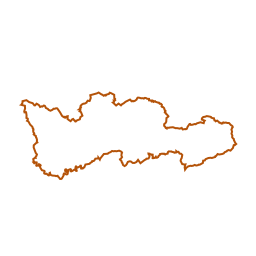 the district of Dak Doa, Gia Lai, Vietnam, rotated 73°
{"feature_id": "81297802B36312306774318", "entity_name": "Dak Doa", "entity_type": "district", "adm_level": 2, "iso_a3": "VNM", "parent_name": "Vietnam", "parent_adm1": "Gia Lai", "projection": "albers", "projection_center": [108.178, 14.116], "detail": "fine", "context": "isolated", "style": "outline", "palette": "amber", "viewbox_px": 256, "rotation_deg": 73, "n_neighbors": 0, "source": "geoboundaries", "source_scale": "gbopen_adm2", "svg_char_len": 5893}
<svg xmlns="http://www.w3.org/2000/svg" viewBox="0 0 256 256"><g transform="rotate(73 128 128)"><path d="M89.7,138.2L90.5,139.8L90.3,140.2L89.7,140.3L90.0,141.9L88.7,142.7L88.3,143.4L85.5,145.7L85.8,147.7L85.6,154.5L88.3,154.8L90.9,156.7L90.9,157.2L90.1,158.4L90.8,159.6L91.6,160.2L92.0,162.2L91.7,163.6L92.1,165.4L93.0,166.9L93.9,167.3L94.4,166.9L95.2,167.7L95.8,167.2L95.3,168.4L95.8,168.7L96.0,169.3L96.5,168.2L97.2,168.5L97.8,169.2L98.0,168.7L98.5,168.8L99.1,168.3L102.9,168.0L103.7,170.4L105.6,171.5L105.8,174.6L106.5,176.1L106.2,176.6L105.1,176.8L104.9,177.2L103.3,177.8L103.4,178.8L104.7,180.9L103.0,182.3L101.6,183.2L99.1,182.2L99.0,183.0L99.6,183.5L99.6,184.7L99.3,185.2L98.9,185.0L98.7,185.6L99.3,185.7L98.8,186.3L97.2,187.5L93.2,188.4L88.6,189.9L88.1,191.0L88.2,192.5L87.8,193.6L88.5,194.9L88.8,197.1L87.5,198.6L86.3,199.1L84.8,200.7L82.9,200.9L82.3,201.3L81.9,202.0L82.5,203.6L82.0,204.4L82.2,205.9L80.2,206.4L78.6,207.7L78.0,208.4L79.2,210.1L79.0,210.9L76.4,211.9L74.3,215.0L71.7,217.0L71.5,221.0L73.2,221.6L73.9,222.5L74.5,222.5L74.7,223.2L76.6,220.1L79.2,220.7L81.8,222.4L82.8,222.4L82.9,221.0L83.5,220.9L86.2,221.3L88.7,222.2L89.6,221.2L90.0,221.1L90.9,221.5L91.6,222.4L92.7,221.3L96.1,220.6L98.9,219.1L100.4,219.2L100.8,218.8L101.5,219.1L102.2,218.9L102.8,219.5L104.2,219.7L105.7,219.2L106.1,219.3L106.4,219.9L106.8,219.6L107.6,219.6L108.5,218.5L110.3,218.7L110.8,218.4L112.8,218.5L114.1,219.1L115.3,218.9L115.5,220.2L117.0,223.2L119.1,223.9L125.0,223.5L126.6,222.8L128.0,223.8L128.3,224.5L129.1,225.1L129.5,225.1L129.3,225.6L130.0,227.7L131.8,227.9L132.5,227.7L133.1,228.0L133.1,228.5L134.3,228.0L133.8,226.3L134.2,225.4L134.9,225.5L137.0,226.7L137.4,226.6L137.5,226.3L137.2,225.7L137.8,224.7L136.6,223.7L137.7,222.6L138.3,222.5L139.0,223.4L140.3,223.5L143.2,222.7L144.4,220.7L144.9,220.4L145.4,220.5L146.5,221.4L147.2,221.2L147.8,220.2L147.9,219.2L149.7,218.2L150.2,217.6L149.8,217.0L148.1,216.2L148.0,215.7L150.1,215.8L150.6,215.3L151.4,214.1L152.4,211.6L153.0,210.9L153.1,209.3L154.5,208.9L155.4,208.3L156.7,208.0L157.2,207.0L157.0,206.1L154.4,203.3L153.7,203.3L152.8,202.6L152.8,202.2L154.4,200.5L154.5,199.6L154.2,199.1L153.3,198.7L152.7,198.8L151.5,200.4L151.1,200.6L149.8,200.5L149.3,199.9L149.6,199.1L152.4,198.5L152.2,197.9L150.7,197.2L150.5,195.4L150.6,194.9L151.1,194.7L152.6,195.3L152.9,195.1L152.8,193.8L152.1,191.3L152.3,190.9L153.8,190.2L154.0,189.7L153.4,189.4L151.7,190.0L150.8,189.9L149.9,189.5L149.5,188.9L149.9,188.6L151.0,188.9L151.2,188.5L150.8,185.5L150.1,184.6L150.3,184.1L150.9,184.1L153.0,184.7L153.4,183.9L153.1,183.2L153.4,182.9L152.8,181.9L152.9,181.3L150.5,179.4L151.0,175.2L150.3,174.2L150.0,172.5L149.2,172.0L149.5,170.5L149.2,169.7L147.8,168.2L148.4,165.3L147.6,165.0L150.0,164.2L149.1,163.5L145.8,158.7L146.7,154.9L146.2,154.0L145.9,151.5L145.3,150.0L146.1,148.5L146.2,147.3L146.9,145.8L147.1,143.1L148.4,141.6L149.3,141.0L149.9,140.9L150.8,141.7L152.6,142.4L154.1,142.2L155.4,144.0L155.6,144.9L155.8,144.9L157.9,143.8L159.3,144.0L159.9,143.5L161.8,143.6L163.4,142.4L163.0,140.9L162.3,139.9L160.4,138.1L160.3,136.4L160.8,135.1L162.8,133.7L163.3,132.0L163.0,129.9L161.4,127.7L165.3,126.4L163.4,121.3L163.4,120.4L162.7,119.3L163.1,118.1L163.1,117.2L162.1,116.2L161.1,115.6L159.9,115.6L159.1,116.0L158.4,115.9L158.9,114.8L159.7,114.3L160.7,112.2L161.3,112.4L161.5,112.8L162.4,112.5L163.7,113.2L164.0,113.3L164.2,113.0L164.4,111.0L163.6,109.8L164.7,109.6L164.9,109.1L164.6,107.7L163.8,107.1L162.7,104.8L162.3,104.8L162.5,102.8L163.1,102.0L163.0,101.1L164.2,100.2L163.9,99.2L164.1,97.6L162.7,96.8L162.3,95.9L163.2,93.2L163.7,92.9L164.6,91.1L165.2,90.9L165.5,89.0L164.3,88.6L165.3,88.0L165.4,86.9L165.7,86.6L167.5,86.2L168.2,84.7L169.7,84.0L172.5,85.5L173.4,86.5L174.8,87.3L178.4,86.7L178.8,85.7L179.3,85.2L179.6,83.7L182.1,85.3L184.5,85.6L183.1,83.8L182.3,81.7L182.4,79.2L182.9,78.3L183.1,76.6L182.8,75.0L183.8,73.8L184.0,72.0L183.7,71.0L184.1,70.2L183.3,66.6L181.2,65.7L181.5,64.1L180.5,62.9L180.2,59.9L180.6,57.7L181.2,56.6L181.2,53.1L180.5,52.7L180.5,51.9L179.1,49.9L180.0,48.6L180.4,45.6L180.3,43.9L179.4,42.6L179.2,40.5L178.7,39.9L178.5,38.5L178.5,38.2L179.6,36.6L177.8,33.5L175.3,31.9L175.2,31.5L175.6,30.9L174.9,29.2L173.3,29.9L171.8,30.0L170.9,30.3L169.5,30.0L168.5,30.7L167.2,31.1L165.7,30.4L163.7,30.7L162.0,29.6L159.6,29.5L159.0,28.8L158.4,28.6L158.0,27.7L157.1,27.5L156.1,28.0L155.2,28.8L152.8,29.9L152.2,31.7L151.4,32.8L151.2,34.3L150.6,35.0L150.6,35.7L151.3,36.2L151.1,37.4L150.2,37.8L149.7,39.1L149.1,39.2L147.0,40.6L147.2,42.2L146.4,42.4L146.0,43.1L143.8,43.0L143.4,44.1L142.5,45.3L141.9,45.3L141.3,46.0L140.0,48.4L139.6,49.5L139.8,50.6L139.5,52.8L140.4,54.5L141.5,54.9L143.4,52.5L143.9,53.2L145.5,54.2L143.7,57.1L143.7,60.8L144.2,62.2L143.7,63.0L143.7,65.5L143.4,67.0L142.3,67.4L142.2,68.0L144.3,70.7L145.9,71.9L146.1,73.1L145.7,73.5L145.4,76.1L143.7,76.6L143.9,77.1L143.6,77.8L143.8,78.6L142.5,81.0L142.1,82.5L140.4,84.8L139.7,88.1L139.8,88.7L139.1,90.6L139.2,91.0L139.7,91.2L139.0,91.9L137.5,92.2L136.5,92.8L134.9,92.3L134.3,90.8L133.2,89.6L129.7,88.3L128.9,86.2L128.6,85.9L126.3,86.9L125.8,87.4L125.0,87.4L123.9,88.3L123.0,87.8L123.1,87.4L122.6,87.1L121.2,87.8L119.8,87.6L119.0,87.9L118.1,88.5L118.0,89.1L117.2,89.6L115.8,88.8L114.6,89.3L114.1,90.6L113.5,90.9L113.2,90.7L112.7,91.1L112.5,91.9L110.9,94.1L110.3,94.3L110.5,96.1L110.2,96.2L110.1,95.7L109.7,95.6L108.9,96.6L109.4,97.0L109.5,97.7L108.4,98.0L107.7,99.8L106.3,99.4L105.7,101.1L104.5,102.2L104.1,103.3L104.5,104.2L104.2,104.4L103.6,105.9L103.5,106.7L102.5,108.1L101.8,109.6L102.3,110.7L103.3,111.4L104.0,113.4L104.1,114.8L103.5,115.4L103.7,116.4L103.5,116.8L101.5,117.6L101.4,117.9L102.2,122.7L103.2,125.1L103.4,126.5L104.3,128.1L101.9,129.9L103.0,132.8L99.2,135.0L99.1,133.9L98.3,133.4L97.6,133.5L97.9,132.7L97.6,132.1L96.9,132.4L96.3,131.9L95.7,132.4L92.2,131.5L89.5,134.3L88.9,135.2L89.9,136.4L89.7,138.2Z" fill="none" stroke="#b45309" stroke-width="2"/></g></svg>